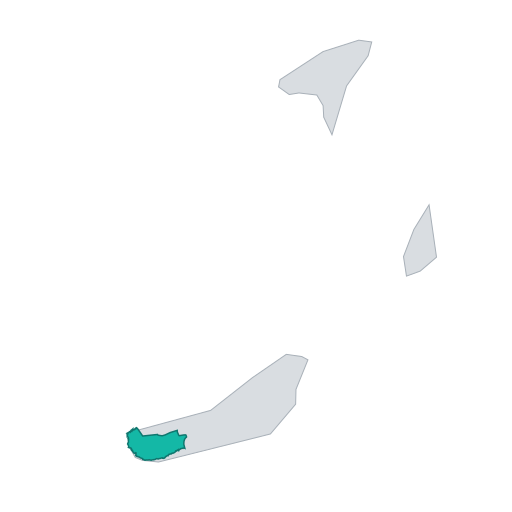 Mitsamiouli-Mboudé, Andjazîdja, Comoros (highlighted), rotated 252°
{"feature_id": "10938185B67203865227918", "entity_name": "Mitsamiouli-Mboudé", "entity_type": "district", "adm_level": 2, "iso_a3": "COM", "parent_name": "Comoros", "parent_adm1": "Andjazîdja", "projection": "equal_earth", "projection_center": [43.317, -11.447], "detail": "fine", "context": "in_parent", "style": "filled", "palette": "teal", "viewbox_px": 512, "rotation_deg": 252, "n_neighbors": 0, "source": "geoboundaries", "source_scale": "gbopen_adm2", "svg_char_len": 4708}
<svg xmlns="http://www.w3.org/2000/svg" viewBox="0 0 512 512"><g transform="rotate(252 256 256)"><path d="M146.2,268.5L141.2,273.3L116.8,252.8L102.8,247.9L82.3,214.7L90.2,99.6L96.7,84.9L101.7,78.9L113.0,76.7L126.8,91.2L123.2,165.2L141.4,215.0L153.1,254.4L146.2,268.5ZM416.3,333.3L429.7,383.0L429.5,420.4L423.8,432.2L411.8,424.5L389.8,394.7L347.8,365.7L367.1,363.3L378.3,366.3L390.3,363.6L397.8,347.2L399.3,337.5L409.8,329.7L416.3,333.3ZM232.5,414.4L251.2,436.4L199.1,427.3L190.9,407.5L190.4,392.9L209.9,396.1L232.5,414.4Z" fill="#d9dde1" stroke="#a8b0b8" stroke-width="1"/><path d="M129.7,89.2L129.6,88.9L129.6,88.7L129.3,88.5L129.0,88.5L129.1,88.2L129.2,87.9L128.9,87.7L128.8,87.8L128.7,87.7L128.5,87.4L128.7,87.0L128.6,86.8L128.8,86.8L128.6,86.2L128.8,85.4L129.1,85.2L129.6,85.4L129.3,84.8L129.3,84.6L129.2,84.4L128.8,84.7L128.5,85.0L128.4,85.4L128.2,85.0L128.1,84.8L128.0,84.5L128.1,84.4L128.3,84.5L128.4,84.4L128.3,84.2L128.2,84.2L128.1,83.6L128.3,83.5L128.1,83.5L127.8,83.4L128.0,83.2L127.8,83.2L127.9,82.8L128.0,82.8L127.9,82.7L128.0,82.7L127.9,82.4L127.9,82.2L127.9,81.9L127.9,81.6L127.7,81.6L127.8,81.5L127.9,81.4L127.7,81.3L127.7,81.1L127.6,80.9L127.6,80.7L127.6,80.1L127.5,79.8L127.3,79.9L127.3,79.5L127.2,79.5L127.2,79.3L126.9,79.2L127.0,79.1L126.8,79.0L126.8,78.8L126.7,78.9L126.8,78.8L126.8,78.7L126.7,78.7L126.6,78.9L126.6,78.7L126.5,78.9L126.4,78.8L126.5,78.7L126.4,78.7L126.3,78.8L126.2,78.8L126.1,78.6L125.9,78.7L125.6,78.3L125.4,78.3L125.4,78.1L124.9,78.2L124.3,77.9L123.8,77.6L123.7,77.8L123.7,78.1L123.6,78.3L123.0,78.4L122.8,78.5L122.5,78.5L122.1,78.5L122.0,78.4L121.9,78.3L121.8,77.9L121.6,78.0L121.5,77.9L121.2,77.8L120.6,78.1L120.3,77.7L119.8,77.5L119.5,77.5L119.2,77.4L118.6,77.2L118.4,77.2L118.0,76.9L117.8,76.5L117.7,76.3L116.9,75.8L116.7,75.9L116.4,75.9L115.8,76.1L115.2,76.0L114.7,76.1L114.3,76.1L114.2,76.0L113.7,76.0L113.4,75.8L113.3,75.6L113.1,75.8L113.0,76.1L112.8,76.3L112.7,76.4L112.5,76.6L112.5,76.9L112.4,77.1L112.3,77.4L112.1,77.6L111.9,77.8L111.5,77.9L111.4,77.7L111.1,77.5L110.6,77.9L110.5,78.0L110.2,77.9L109.9,77.6L109.5,77.8L109.4,77.9L109.3,78.4L109.1,78.5L108.7,78.3L108.2,78.3L107.6,78.6L107.2,78.7L107.0,79.0L106.4,78.9L106.1,79.3L105.7,79.8L105.7,80.2L106.0,80.7L105.8,80.8L105.9,81.0L105.7,81.1L105.3,80.8L105.2,80.8L104.8,80.6L104.6,80.7L104.4,80.6L104.0,80.3L103.8,80.3L103.5,80.0L103.0,80.5L102.7,80.3L102.5,80.5L102.4,80.8L102.0,81.1L102.0,81.3L101.8,81.6L101.7,81.8L101.3,82.0L101.1,82.6L100.8,83.0L100.2,83.3L99.9,83.5L99.6,83.9L99.2,84.3L99.0,84.8L98.8,85.0L98.3,85.5L98.2,85.5L97.9,85.4L97.6,85.4L97.4,86.0L96.8,86.6L96.5,86.7L96.3,87.0L96.2,87.4L96.0,87.6L96.0,88.0L96.0,88.5L95.8,88.8L95.8,89.0L95.7,89.1L95.6,89.4L95.5,89.6L95.5,89.9L95.4,90.2L95.4,90.3L95.4,90.6L95.3,91.0L95.2,91.0L95.2,91.3L95.0,91.6L95.1,91.9L95.0,92.0L94.8,92.0L94.6,92.5L94.4,92.7L94.3,93.0L94.2,93.1L94.2,93.4L94.1,93.5L94.1,93.8L94.2,94.0L94.1,94.3L94.1,94.9L94.0,95.1L93.9,95.3L94.0,95.5L93.9,95.6L93.9,95.8L93.8,96.0L93.8,96.5L93.7,96.8L93.7,97.1L93.8,97.6L93.8,97.9L93.9,98.3L94.0,98.4L94.0,99.1L93.8,99.3L93.5,99.6L93.4,99.8L93.4,100.1L93.3,100.4L93.3,100.6L93.2,100.6L93.3,101.3L93.1,101.8L93.1,102.3L93.0,102.9L93.1,103.5L93.1,104.0L93.1,104.5L92.8,104.7L92.5,104.7L92.4,105.0L92.2,105.2L92.2,105.5L92.0,106.0L92.3,106.6L92.3,106.8L92.5,106.8L92.5,107.0L92.7,107.6L92.9,107.7L93.0,107.9L93.0,108.0L93.1,108.3L93.1,108.5L93.3,108.6L93.3,108.8L93.3,109.1L93.4,109.4L93.5,109.6L93.4,110.1L93.5,110.2L93.5,110.4L93.4,110.6L93.5,110.6L93.7,111.0L93.8,111.0L93.9,111.3L94.2,111.8L94.1,112.0L94.3,112.2L94.1,112.6L94.1,113.0L94.2,113.5L94.1,113.8L94.1,114.0L94.2,114.3L94.1,114.5L94.3,114.6L94.3,114.9L94.2,114.9L94.3,115.1L94.4,115.4L94.3,115.6L94.2,115.9L94.2,116.1L94.1,116.3L94.1,116.8L94.3,117.4L94.3,117.5L94.3,117.8L94.4,118.0L94.5,118.3L94.6,118.5L94.7,118.8L94.8,119.0L95.0,119.2L95.0,119.5L95.0,119.8L95.2,120.1L95.3,120.3L95.4,120.2L95.4,120.3L95.5,120.5L95.4,120.9L95.4,121.0L95.5,120.9L95.5,121.1L95.5,121.3L95.7,121.5L95.5,121.8L95.5,122.0L95.4,122.0L95.5,122.1L95.4,122.2L95.5,122.2L95.4,122.2L95.5,122.3L95.4,122.3L95.5,122.5L95.4,122.6L95.3,123.0L95.5,123.2L95.6,123.3L95.6,123.5L95.7,124.0L95.8,124.3L95.8,124.5L96.0,124.7L95.9,124.9L96.0,125.1L95.9,125.3L95.9,125.6L95.9,126.0L95.9,126.4L95.9,126.5L95.8,126.9L95.7,127.0L95.8,127.1L95.7,127.6L95.7,127.9L95.6,128.0L95.5,128.6L95.3,128.7L95.3,128.8L95.2,128.9L98.6,129.1L99.4,129.2L101.8,130.1L103.8,131.5L104.8,132.8L105.2,133.9L105.8,134.1L107.4,134.0L107.7,133.6L108.2,131.6L108.8,127.5L109.1,127.2L110.8,127.0L113.0,126.8L114.5,127.2L114.6,119.9L113.9,114.3L114.0,111.2L115.8,107.5L116.7,107.2L119.8,92.6L124.5,91.2L128.7,89.9L129.7,89.2Z" fill="#14b8a6" stroke="#0f766e" stroke-width="1.5"/></g></svg>